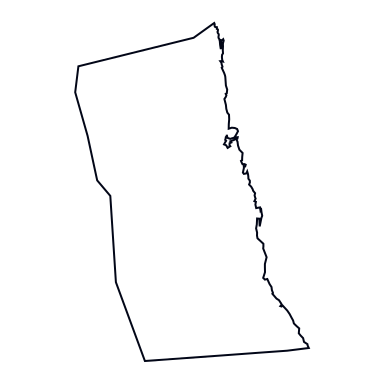 outline of Sawakin, Red Sea, Sudan
{"feature_id": "16777658B58699373531896", "entity_name": "Sawakin", "entity_type": "district", "adm_level": 2, "iso_a3": "SDN", "parent_name": "Sudan", "parent_adm1": "Red Sea", "projection": "robinson", "projection_center": [37.356, 19.026], "detail": "fine", "context": "isolated", "style": "outline", "palette": "ink", "viewbox_px": 384, "rotation_deg": 0, "n_neighbors": 0, "source": "geoboundaries", "source_scale": "gbopen_adm2", "svg_char_len": 2415}
<svg xmlns="http://www.w3.org/2000/svg" viewBox="0 0 384 384"><path d="M87.6,135.9L96.3,176.3L97.2,180.4L110.3,195.9L115.9,282.2L144.9,361.0L221.3,355.5L260.7,352.6L287.2,350.7L308.8,348.0L307.7,345.7L307.4,344.1L305.8,343.1L304.0,341.9L303.1,338.1L300.5,335.4L298.8,333.3L299.2,328.4L296.9,326.4L293.9,323.5L293.1,320.5L291.5,317.6L289.6,314.0L287.2,310.5L282.6,305.5L281.5,306.5L280.4,306.1L281.6,304.7L281.4,303.9L279.0,300.2L276.5,298.6L272.4,293.8L273.0,293.0L271.9,290.1L271.5,287.0L269.7,284.3L268.8,282.4L267.3,279.0L264.9,279.6L263.2,277.9L265.0,272.2L264.9,267.1L264.9,264.0L266.6,257.2L265.0,253.1L263.2,248.5L263.4,246.6L263.4,243.8L257.5,238.3L257.0,235.6L257.1,232.6L256.1,228.4L256.8,224.5L257.1,218.5L259.3,218.7L259.7,226.4L261.4,217.9L262.2,215.8L261.5,212.2L261.2,209.8L260.5,210.7L260.0,207.4L256.2,208.1L255.4,204.6L255.9,201.8L254.4,201.2L255.6,198.6L255.2,197.6L254.6,195.4L255.1,193.2L253.1,190.7L252.7,189.3L251.2,186.7L249.1,184.6L249.9,182.4L249.8,180.6L248.4,178.7L248.3,176.4L248.0,174.1L247.2,171.5L246.4,173.4L243.9,173.9L242.9,172.6L243.9,168.0L243.8,166.2L245.2,166.4L245.7,164.7L244.5,164.1L242.5,164.2L241.7,162.6L241.0,160.9L242.1,160.2L242.2,157.1L242.6,153.0L239.4,149.7L238.0,145.5L237.5,141.6L236.3,139.4L237.4,138.7L237.7,137.2L236.1,137.3L235.8,138.5L234.1,139.9L230.4,141.3L231.3,142.5L229.6,143.2L229.5,145.2L230.3,146.2L227.6,147.9L226.2,145.3L224.0,144.4L225.4,141.9L226.1,140.8L225.2,139.9L225.6,138.6L225.8,137.1L226.7,136.1L226.8,134.8L227.4,137.8L228.4,138.2L230.3,138.9L231.6,138.4L233.5,137.9L234.6,137.2L236.2,134.6L238.0,131.2L237.1,129.0L234.8,128.0L231.8,127.7L228.7,128.7L228.8,124.0L229.2,119.3L229.0,114.7L227.3,112.6L226.7,110.3L226.3,108.9L225.9,104.9L224.4,99.0L225.8,96.9L226.4,95.2L225.7,93.9L226.8,93.2L227.2,89.6L225.9,85.5L225.3,76.9L225.0,75.4L224.1,72.9L222.7,69.9L221.7,67.7L222.5,66.8L222.2,65.8L221.7,64.4L221.4,62.7L220.3,61.2L221.4,61.1L222.9,61.5L222.2,59.9L221.9,56.9L222.1,54.8L223.0,53.4L222.8,50.2L223.0,46.1L222.9,44.8L223.0,43.1L223.7,40.6L223.2,39.2L222.9,39.5L221.8,40.3L221.0,40.1L221.5,43.9L220.8,49.1L220.1,44.8L219.8,41.1L219.2,38.9L218.5,37.8L218.5,36.5L218.8,35.0L218.6,34.0L217.8,33.0L217.5,31.9L217.9,31.0L217.9,29.5L216.8,28.9L216.9,27.2L215.2,27.0L214.5,25.8L214.7,24.4L214.5,23.6L214.2,23.0L212.8,24.0L200.7,32.7L193.6,37.8L189.9,38.7L78.4,66.3L75.2,92.3L87.6,135.9Z" fill="none" stroke="#020617" stroke-width="2"/></svg>